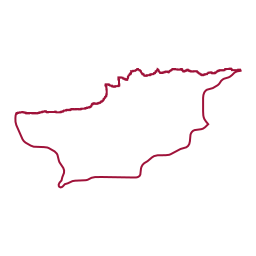 Las Terrenas, Samaná, Dominican Republic
{"feature_id": "3306468B40985088538713", "entity_name": "Las Terrenas", "entity_type": "district", "adm_level": 2, "iso_a3": "DOM", "parent_name": "Dominican Republic", "parent_adm1": "Samaná", "projection": "natural_earth1", "projection_center": [-69.552, 19.282], "detail": "fine", "context": "isolated", "style": "outline", "palette": "rose", "viewbox_px": 256, "rotation_deg": 0, "n_neighbors": 0, "source": "geoboundaries", "source_scale": "gbopen_adm2", "svg_char_len": 5606}
<svg xmlns="http://www.w3.org/2000/svg" viewBox="0 0 256 256"><path d="M208.2,124.2L205.9,121.4L204.4,119.1L203.7,117.3L203.3,115.4L203.1,111.3L203.1,97.9L203.4,95.0L204.3,92.4L205.7,90.6L207.0,89.7L212.8,88.1L217.7,85.2L219.2,83.8L221.2,80.8L222.8,79.4L224.1,78.7L228.5,77.4L229.9,76.7L232.0,75.1L234.5,72.6L235.8,71.9L237.3,71.3L240.6,70.8L240.6,70.4L240.0,70.1L240.0,69.7L238.2,69.7L238.2,70.1L232.0,70.1L232.0,69.7L231.7,69.7L231.4,69.0L230.8,69.0L230.8,68.6L229.6,68.6L229.6,69.0L225.5,69.0L225.5,69.3L224.9,69.3L224.6,70.1L223.4,70.1L223.4,70.4L221.5,70.4L221.5,70.1L220.0,70.1L220.0,70.4L219.1,70.4L219.1,70.8L217.9,70.8L217.9,71.2L217.2,71.2L216.9,71.9L215.7,72.3L215.7,72.6L215.1,72.6L215.1,73.0L214.5,73.0L214.5,73.3L212.3,73.3L212.3,73.0L211.7,73.0L211.7,72.6L211.1,72.6L211.1,72.3L210.5,72.3L210.5,72.6L208.6,72.6L208.6,73.0L207.4,73.3L207.1,74.1L205.2,74.1L205.2,74.4L204.3,74.4L204.3,74.8L203.1,74.8L203.1,75.2L202.1,75.2L202.1,74.8L201.2,74.8L201.2,74.4L200.6,74.4L200.6,74.1L199.4,73.7L199.4,73.3L198.8,73.3L198.4,72.6L198.1,72.6L198.1,72.3L197.5,72.3L197.2,71.5L196.6,71.5L196.6,71.2L193.5,71.2L193.5,71.5L191.1,71.5L191.1,71.2L189.8,71.2L189.8,70.8L188.9,70.8L188.9,70.4L188.3,70.4L188.0,69.7L187.4,69.7L187.4,70.1L186.7,70.1L186.7,70.4L186.1,70.4L186.1,70.8L184.9,70.8L184.9,71.2L184.0,71.2L184.0,71.5L183.7,71.5L183.7,71.2L183.1,71.2L183.1,70.8L182.4,70.4L182.4,70.1L182.1,70.1L182.1,69.3L181.5,69.3L181.5,69.0L181.2,69.0L181.2,69.3L180.3,69.3L180.3,69.7L177.5,69.7L177.5,69.3L175.0,69.3L175.0,69.0L172.9,69.0L172.9,69.3L172.0,69.3L171.7,70.1L171.0,70.1L170.7,70.8L169.8,70.8L169.5,71.5L168.9,71.5L168.9,71.9L168.3,71.9L168.3,72.3L167.0,71.9L167.0,71.5L165.8,71.5L165.8,71.9L164.6,71.9L164.6,72.3L163.3,72.3L163.3,72.6L162.4,72.6L162.4,73.0L160.6,73.0L160.6,72.6L160.0,72.6L160.0,72.3L159.3,71.9L159.0,71.2L158.7,71.2L158.4,69.7L157.8,69.3L157.8,69.7L157.2,69.7L156.9,70.4L156.3,70.8L156.3,71.5L155.6,71.5L155.6,72.3L155.0,72.6L155.0,73.0L154.4,73.0L154.4,73.3L153.8,73.3L153.5,74.1L151.3,74.1L151.3,74.4L150.4,74.4L150.4,74.8L149.8,74.8L149.8,75.2L147.0,75.2L147.0,75.5L146.4,75.5L146.4,75.9L145.2,75.9L145.2,75.5L144.2,75.5L144.2,75.2L143.6,74.8L143.6,74.4L143.0,74.4L143.0,74.1L142.4,74.1L142.4,73.7L142.1,73.7L141.8,73.0L141.2,72.6L140.9,71.2L140.5,71.2L140.2,70.4L139.6,70.4L139.6,70.1L138.4,69.7L138.1,69.0L137.5,69.0L137.5,69.3L136.9,69.3L136.5,70.1L135.6,70.1L135.3,70.8L133.2,70.8L133.2,71.2L131.3,71.2L131.6,71.9L131.0,72.3L131.0,73.0L130.7,73.0L130.7,73.7L130.4,73.7L130.4,74.1L129.8,74.1L129.8,74.4L129.5,74.4L129.2,75.2L128.5,75.5L128.2,77.0L127.9,77.0L127.9,78.4L127.3,78.8L127.3,79.5L127.0,79.5L127.0,79.9L126.4,79.9L126.4,79.5L125.5,79.5L125.5,79.2L124.8,79.2L124.8,78.8L123.6,78.8L123.6,78.4L123.0,78.4L122.7,77.7L120.8,77.7L120.8,77.4L118.4,77.4L118.4,79.2L118.7,79.2L118.7,79.9L119.0,79.9L119.0,84.3L119.3,84.3L119.3,85.4L119.0,85.4L119.0,85.7L118.4,85.7L118.4,86.1L115.3,86.1L115.3,86.5L114.7,86.5L114.7,86.8L113.8,86.8L113.8,86.5L112.5,86.5L112.5,86.1L111.9,86.1L111.9,85.7L110.1,85.7L109.7,85.0L109.1,85.0L109.1,84.6L108.2,84.6L108.2,84.3L105.7,84.3L105.7,85.4L105.4,85.4L105.4,85.7L106.1,86.1L106.1,86.5L106.4,86.5L106.4,89.4L106.7,89.4L106.7,94.1L106.4,94.1L106.4,95.6L106.1,95.6L106.1,96.3L105.7,96.3L105.4,97.0L105.1,97.0L105.1,97.8L104.5,98.1L104.2,98.8L103.9,98.8L103.9,99.2L103.6,99.2L103.6,99.9L103.0,100.3L103.0,100.7L102.4,100.7L102.1,101.4L101.4,101.4L101.4,101.8L100.8,101.8L100.5,102.5L99.9,102.5L99.9,102.9L98.7,102.9L98.7,103.2L97.7,103.2L97.7,103.6L96.8,103.6L96.8,103.9L95.3,103.9L95.3,103.6L94.4,103.6L94.4,103.2L93.7,103.2L93.7,103.6L93.1,103.6L93.1,103.9L92.5,103.9L92.5,104.3L91.9,104.3L91.9,105.0L91.3,105.4L91.3,106.1L91.0,106.1L90.7,106.9L90.0,106.9L90.0,107.2L88.8,107.2L88.8,107.6L87.0,107.6L87.0,108.0L85.7,108.0L85.7,108.3L85.1,108.3L85.1,108.7L81.4,108.7L81.4,109.0L80.5,109.0L80.5,109.4L78.3,109.4L78.3,109.0L75.9,109.0L75.9,109.4L73.7,109.4L73.7,109.0L71.6,109.0L71.6,109.4L70.6,109.4L70.6,109.8L70.0,109.8L70.0,110.1L68.8,110.1L68.8,109.8L66.9,109.8L66.9,110.1L66.0,110.1L66.0,110.5L63.9,110.5L63.6,111.2L62.9,111.2L62.9,111.6L61.4,111.6L61.4,112.0L60.5,112.0L60.5,112.3L56.2,112.3L55.9,111.6L55.2,111.6L55.2,112.0L47.8,112.0L47.8,112.3L47.2,112.3L47.2,112.0L46.3,112.0L46.0,111.2L44.8,111.2L44.8,111.6L42.6,111.6L42.6,112.0L41.7,112.0L41.7,112.3L39.8,112.3L39.8,112.7L38.9,112.7L38.9,113.0L37.4,113.0L37.4,113.4L35.2,113.4L35.2,113.0L34.0,113.0L34.0,113.4L33.4,113.4L33.4,113.0L32.8,113.0L32.8,113.4L32.4,113.4L32.4,113.0L29.1,113.0L29.1,113.4L28.1,113.4L28.1,113.0L26.6,113.0L26.6,113.4L26.3,113.4L26.3,113.0L25.7,113.0L25.7,112.7L24.4,112.7L24.4,112.3L22.6,112.3L22.6,112.0L22.3,112.0L22.3,112.3L19.8,112.3L19.8,112.7L18.0,112.7L18.0,113.0L17.0,113.0L17.0,113.4L16.4,113.4L16.4,113.8L16.1,113.8L15.6,115.6L15.4,118.2L15.5,121.8L16.3,125.1L22.5,139.2L23.8,141.1L25.5,142.6L30.7,145.6L33.7,146.7L43.9,147.1L47.3,147.5L48.8,148.1L54.6,151.4L56.8,153.6L57.5,155.0L58.9,160.7L59.5,162.3L63.3,168.0L64.1,170.4L64.0,172.9L62.3,177.2L61.5,180.5L59.6,182.6L58.7,184.5L58.8,186.0L59.2,186.7L60.5,187.4L61.8,187.1L62.9,186.3L64.8,184.2L67.8,183.3L72.5,181.1L75.1,180.7L85.9,180.2L87.6,179.8L91.5,177.8L94.9,177.1L101.2,177.0L134.2,177.5L136.7,177.4L138.2,176.9L139.5,176.0L140.3,174.6L141.0,168.5L141.5,166.8L142.6,164.8L144.2,163.2L147.5,161.2L152.0,157.4L154.1,156.1L157.5,155.3L165.7,155.2L169.2,154.8L170.7,154.2L180.5,149.0L186.3,147.3L188.1,145.9L189.3,143.9L189.9,141.2L190.5,134.7L191.1,133.1L192.0,131.8L193.1,130.8L194.6,130.1L201.2,129.2L202.9,128.7L205.0,127.3L208.2,124.2Z" fill="none" stroke="#9f1239" stroke-width="2"/></svg>